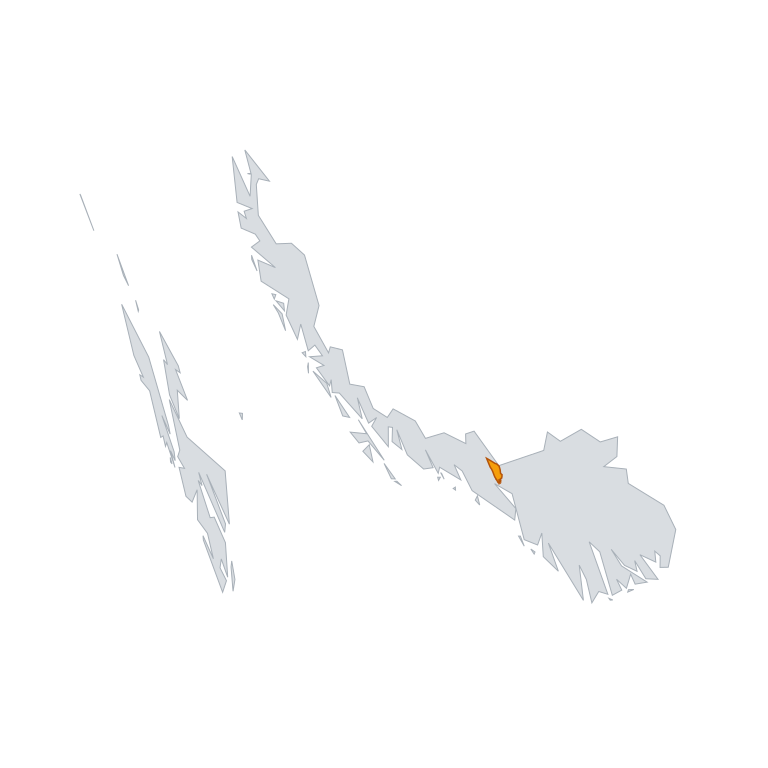 Verdal nor, Nord-Trøndelag, Norway (highlighted), rotated 251°
{"feature_id": "86288312B89960362745418", "entity_name": "Verdal nor", "entity_type": "district", "adm_level": 2, "iso_a3": "NOR", "parent_name": "Norway", "parent_adm1": "Nord-Trøndelag", "projection": "equal_earth", "projection_center": [11.503, 63.784], "detail": "fine", "context": "in_parent", "style": "filled", "palette": "amber", "viewbox_px": 768, "rotation_deg": 251, "n_neighbors": 0, "source": "geoboundaries", "source_scale": "gbopen_adm2", "svg_char_len": 5447}
<svg xmlns="http://www.w3.org/2000/svg" viewBox="0 0 768 768"><g transform="rotate(251 384 384)"><path d="M461.3,336.4L431.5,341.7L436.6,345.3L429.8,355.8L395.0,351.6L387.9,364.3L364.4,365.8L351.3,376.2L357.5,384.5L338.9,401.5L319.1,405.5L318.3,424.9L301.0,442.0L310.2,444.9L310.1,453.8L269.4,466.0L269.2,513.4L285.4,522.9L272.4,532.1L276.9,555.8L258.8,569.6L258.0,587.7L239.6,580.6L234.3,564.9L224.7,585.4L210.5,582.6L178.2,609.2L151.4,612.5L118.2,593.1L120.7,585.3L131.6,589.2L137.8,585.6L127.1,583.0L139.3,570.4L110.1,579.5L114.6,568.2L135.4,563.5L124.5,562.3L134.2,552.4L153.7,545.0L134.6,549.4L111.0,568.3L113.0,556.3L123.9,555.3L111.9,546.7L123.7,540.3L111.7,541.7L109.9,531.1L155.1,533.4L168.0,526.6L112.3,527.2L117.9,519.5L109.4,509.3L133.3,511.7L149.2,509.6L114.5,502.1L180.1,487.6L150.2,487.9L168.9,478.4L191.7,484.7L181.8,476.8L191.2,465.9L238.6,469.4L253.8,456.1L223.3,468.1L212.8,463.3L254.5,432.6L276.3,429.6L284.9,424.0L268.3,425.4L287.2,409.5L281.9,406.2L308.3,401.7L288.9,403.2L290.7,393.8L309.4,383.0L336.6,381.2L316.2,379.6L326.9,372.9L340.2,377.9L342.1,374.1L323.3,367.7L348.0,358.6L354.7,366.1L352.0,356.7L379.7,354.3L358.2,352.1L390.0,338.8L392.8,332.3L405.3,335.5L400.0,331.9L421.3,325.4L421.1,333.3L434.0,322.5L430.7,335.0L443.3,331.3L440.1,323.2L467.8,324.8L454.4,316.7L481.0,313.9L495.5,321.8L521.2,301.3L542.2,305.1L529.4,319.2L556.6,303.2L559.7,313.2L567.6,311.1L577.9,299.7L594.2,302.0L585.3,307.8L592.9,308.0L592.8,316.4L603.5,304.2L648.5,314.5L605.1,318.5L625.2,326.7L650.6,328.6L613.1,341.7L618.9,332.3L614.2,328.2L584.4,320.1L551.6,327.7L547.2,342.3L531.8,350.8L479.3,348.1L461.3,336.4ZM342.3,160.2L371.9,163.1L369.2,167.9L382.5,165.3L388.0,169.4L439.2,175.9L397.9,180.5L353.6,205.5L301.8,192.2L356.4,186.9L303.4,188.6L295.6,185.1L360.8,180.0L347.2,178.9L353.3,176.9L314.2,176.1L313.4,180.1L285.6,182.4L252.2,173.3L271.6,173.2L263.6,169.1L249.3,171.0L239.6,163.6L295.3,162.4L299.5,163.5L274.3,165.8L300.3,168.5L316.4,163.5L344.9,172.9L334.8,164.1L342.3,160.2ZM406.2,155.5L453.9,160.2L466.5,155.5L472.2,156.1L468.9,158.7L492.4,156.8L544.8,161.9L486.0,170.3L414.7,166.7L406.2,165.5L426.5,163.7L388.4,163.5L379.5,161.6L390.5,160.4L373.1,159.2L399.4,159.5L396.2,157.1L406.8,158.2L406.2,155.5ZM443.5,177.7L478.8,183.5L472.8,185.6L506.8,188.8L468.2,195.4L461.0,194.9L465.5,191.6L432.5,192.9L445.4,186.5L417.9,179.2L443.5,177.7ZM342.6,351.4L358.6,348.1L311.8,359.4L335.4,350.3L336.4,341.2L349.5,336.4L342.6,351.4ZM367.2,334.6L389.1,333.9L363.6,340.6L367.2,334.6ZM388.5,329.6L419.3,321.0L403.3,330.1L388.5,329.6ZM237.2,173.8L260.8,179.8L266.3,182.4L247.7,179.4L237.2,173.8ZM327.3,342.1L331.4,350.3L313.9,348.2L327.3,342.1ZM495.1,305.1L483.5,310.5L466.4,308.3L485.8,307.2L495.1,305.1ZM497.8,309.0L493.0,315.4L485.6,313.7L497.8,309.0ZM292.0,360.1L308.9,358.2L290.6,363.7L292.0,360.1ZM661.4,158.6L623.4,159.6L662.7,158.3L661.4,158.6ZM571.4,173.0L593.7,173.8L560.1,174.5L571.4,173.0ZM532.2,300.8L544.7,299.5L548.9,300.7L532.2,300.8ZM505.8,307.4L503.7,310.8L500.0,307.9L505.8,307.4ZM440.2,316.8L440.3,320.3L435.3,319.0L440.2,316.8ZM403.7,237.8L402.3,240.6L396.2,238.3L403.7,237.8ZM544.1,176.4L533.8,176.1L532.7,175.3L544.1,176.4ZM244.5,432.5L247.8,435.9L238.4,435.1L244.5,432.5ZM418.7,316.1L425.2,317.4L428.9,319.4L418.7,316.1ZM379.8,156.8L384.2,158.0L377.5,157.6L379.8,156.8ZM195.8,463.4L185.0,463.8L196.4,461.7L195.8,463.4ZM180.2,469.1L176.0,472.1L174.3,470.6L180.2,469.1ZM287.9,364.5L282.2,367.5L288.4,362.5L287.9,364.5ZM109.9,548.2L108.4,553.3L107.9,546.7L109.9,548.2ZM277.5,406.9L275.1,404.2L278.4,404.4L277.5,406.9ZM627.4,323.4L626.6,326.2L626.0,325.7L627.4,323.4ZM280.6,409.4L274.4,409.9L281.8,408.7L280.6,409.4ZM262.7,415.4L263.3,417.9L260.4,417.1L262.7,415.4ZM108.1,526.9L105.3,530.0L106.0,527.5L108.1,526.9Z" fill="#d9dde1" stroke="#a8b0b8" stroke-width="1"/><path d="M268.8,466.1L270.5,465.2L271.7,464.5L271.9,464.2L272.0,464.1L272.3,463.9L272.8,463.1L273.0,462.8L273.6,462.5L276.0,460.5L278.5,458.4L280.3,456.8L274.7,457.1L270.5,457.4L268.4,458.0L265.7,458.3L261.6,458.4L260.0,458.5L258.3,458.9L257.9,459.0L257.8,458.9L257.6,459.0L257.6,458.9L257.4,458.9L257.2,459.0L256.6,459.2L256.5,459.3L256.3,459.3L256.2,459.4L255.7,459.5L255.3,459.5L255.0,459.6L254.6,459.6L253.8,459.8L253.7,459.9L253.5,460.0L253.3,460.1L253.2,460.1L252.9,460.2L253.0,460.2L253.3,460.2L253.4,460.3L253.4,460.5L253.2,460.5L252.8,460.5L252.8,460.4L252.8,460.5L252.7,460.5L252.8,460.6L253.0,460.7L253.3,460.7L253.4,460.8L253.5,460.8L253.8,460.9L254.0,460.9L254.1,461.0L254.2,461.3L254.3,461.3L254.2,461.3L254.3,461.4L254.5,461.4L255.0,461.4L255.3,461.4L255.2,461.5L254.9,461.5L254.7,461.5L254.6,461.4L254.5,461.5L254.4,461.5L254.5,461.5L254.3,461.5L254.3,461.4L254.2,461.4L254.1,461.2L253.9,461.0L253.7,461.1L253.3,461.1L253.2,461.1L253.3,461.1L253.5,461.1L253.4,461.1L253.1,461.0L253.3,461.1L253.2,461.2L253.3,461.2L253.4,461.3L253.2,461.5L253.4,461.5L253.5,461.6L253.4,461.6L253.5,461.6L253.6,461.8L253.8,461.9L253.7,461.9L253.7,462.0L253.8,462.2L253.8,462.3L253.7,462.5L253.8,462.5L254.0,462.5L254.2,462.4L254.2,462.5L254.2,462.4L254.3,462.4L254.4,462.5L254.4,462.4L254.5,462.4L254.6,462.5L254.6,462.4L254.7,462.5L254.8,462.5L254.9,462.4L255.0,462.4L254.9,462.5L255.0,462.5L255.3,462.6L255.4,462.8L256.2,462.8L256.3,463.1L256.4,463.3L256.6,463.7L256.7,464.6L257.4,465.0L258.5,465.6L259.0,465.7L259.2,465.8L259.7,466.1L259.8,466.1L260.0,466.0L261.5,465.1L265.1,465.9L268.8,466.1Z" fill="#f59e0b" stroke="#b45309" stroke-width="1.5"/></g></svg>